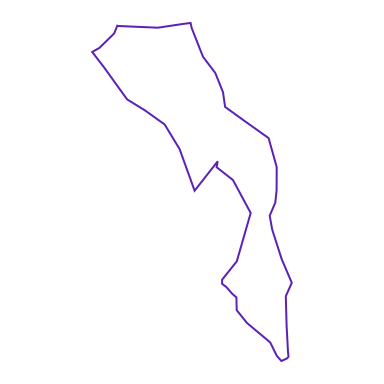 SVG path tracing the border of Kotor
{"feature_id": "MNE-1507", "entity_name": "Kotor", "entity_type": "Municipality", "adm_level": 1, "iso_a3": "MNE", "parent_name": "Montenegro", "parent_adm1": "", "projection": "albers", "projection_center": [18.686, 42.45], "detail": "fine", "context": "isolated", "style": "outline", "palette": "violet", "viewbox_px": 384, "rotation_deg": 0, "n_neighbors": 0, "source": "natural_earth", "source_scale": "10m", "svg_char_len": 697}
<svg xmlns="http://www.w3.org/2000/svg" viewBox="0 0 384 384"><path d="M92.2,52.0L99.5,47.8L114.2,33.4L117.3,25.7L118.5,26.0L157.9,27.7L183.9,23.8L190.6,23.0L191.7,28.1L203.0,56.8L215.3,73.0L223.0,92.2L225.1,106.9L242.2,119.3L268.6,138.1L276.7,167.1L276.6,190.3L275.3,202.6L269.7,215.7L272.2,229.6L281.7,259.2L291.8,282.8L285.8,296.2L286.6,325.6L288.0,352.0L288.5,356.7L286.9,358.5L281.4,361.0L276.8,355.8L270.2,342.4L247.1,323.1L236.7,310.2L236.4,297.3L232.3,293.9L226.3,287.0L222.1,283.8L222.1,279.7L236.8,261.3L250.7,213.0L233.0,180.1L216.6,167.2L217.7,161.3L194.6,190.7L179.6,149.1L164.7,124.5L145.1,110.5L127.1,99.4L103.7,66.9L92.2,52.0Z" fill="none" stroke="#5b21b6" stroke-width="2"/></svg>